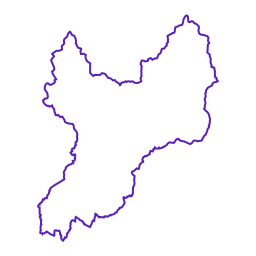 the district of Doi Saket, Chiang Mai, Thailand
{"feature_id": "78962969B32024280119192", "entity_name": "Doi Saket", "entity_type": "district", "adm_level": 2, "iso_a3": "THA", "parent_name": "Thailand", "parent_adm1": "Chiang Mai", "projection": "equal_earth", "projection_center": [99.166, 18.932], "detail": "fine", "context": "isolated", "style": "outline", "palette": "violet", "viewbox_px": 256, "rotation_deg": 0, "n_neighbors": 0, "source": "geoboundaries", "source_scale": "gbopen_adm2", "svg_char_len": 5669}
<svg xmlns="http://www.w3.org/2000/svg" viewBox="0 0 256 256"><path d="M217.8,81.1L216.6,79.6L216.7,78.8L216.2,77.6L215.5,77.6L214.9,76.3L214.8,75.3L215.0,74.5L214.8,72.2L215.0,71.3L214.5,69.8L214.5,68.5L214.0,68.3L213.7,67.3L211.5,67.1L211.6,66.1L211.3,65.3L211.5,64.6L210.8,63.3L210.5,61.6L210.8,59.2L209.7,56.0L209.7,54.6L207.3,52.3L207.7,49.2L207.6,47.8L207.9,46.9L207.6,45.7L208.0,44.4L209.2,43.2L208.4,41.9L208.0,40.4L208.5,37.7L207.2,36.1L203.6,35.0L200.9,34.6L199.2,33.5L198.4,30.8L199.0,27.6L198.6,26.1L196.4,24.0L194.2,23.1L192.9,21.5L191.7,21.2L189.5,22.2L188.4,21.8L187.9,16.6L187.6,16.0L186.4,15.4L185.2,16.4L183.6,19.2L182.7,23.6L181.9,25.0L179.5,25.4L176.7,26.9L175.6,27.1L174.9,28.9L174.9,30.6L174.5,32.3L173.8,32.9L172.4,33.0L171.6,33.8L170.6,34.1L167.5,36.0L168.1,39.7L167.8,40.6L168.1,42.0L166.7,43.3L166.8,45.5L165.6,46.4L164.6,48.2L163.3,48.8L162.1,48.8L161.5,49.5L161.4,51.0L160.3,53.4L158.7,54.2L157.0,58.3L155.3,58.3L152.3,59.8L150.8,58.1L150.5,58.1L148.1,59.2L147.9,60.8L146.9,61.2L144.9,61.4L143.8,60.6L141.7,60.6L140.5,64.0L141.8,66.2L141.4,67.6L141.6,69.1L141.2,70.8L141.5,72.3L141.3,74.2L141.6,76.1L140.5,78.2L141.3,81.1L140.4,81.9L137.2,83.1L134.4,82.7L133.1,81.5L131.6,81.4L130.6,81.9L129.7,81.4L128.0,81.3L126.6,81.9L125.5,81.3L124.3,82.2L122.9,82.3L121.3,83.0L120.4,85.0L120.0,85.2L119.3,83.7L116.0,81.6L114.8,80.1L113.0,80.4L111.0,78.6L108.1,77.8L105.2,74.0L102.1,73.1L100.1,74.9L94.4,75.0L93.3,76.0L90.1,72.9L90.2,63.5L89.8,62.9L88.1,62.1L86.5,60.4L85.6,57.8L85.5,56.7L85.8,54.9L84.0,53.8L81.0,54.0L80.4,51.6L81.2,48.8L80.8,48.4L78.5,48.0L77.1,46.3L76.6,44.6L75.8,43.5L76.0,42.1L75.7,39.0L74.5,36.1L74.0,35.6L72.3,35.3L70.1,31.7L69.3,32.1L68.1,33.7L67.1,36.7L64.3,39.2L63.8,41.0L64.2,42.6L64.0,43.8L62.0,45.9L61.7,46.7L62.1,49.1L61.9,49.6L58.8,50.8L56.3,50.8L52.2,53.8L52.4,54.5L53.7,55.6L54.0,56.3L51.5,59.4L51.1,60.3L54.1,67.5L54.3,69.4L53.2,70.8L52.1,71.4L52.6,73.7L56.2,79.3L54.5,80.2L54.9,81.8L54.5,82.8L51.0,84.8L49.9,84.8L47.9,83.3L47.0,83.3L46.1,83.9L44.9,86.3L44.7,88.0L44.8,88.9L45.5,90.6L46.9,92.5L47.4,93.5L47.8,96.9L47.6,97.7L46.8,98.4L45.0,98.5L43.9,99.9L43.2,100.1L43.1,100.8L43.4,102.2L44.0,103.2L45.0,104.3L47.4,106.0L48.5,105.8L49.6,106.6L52.2,105.5L52.7,107.5L54.2,109.0L54.4,111.3L55.7,115.0L56.5,115.0L57.3,115.5L58.4,115.0L60.2,117.1L62.3,116.6L64.4,119.9L65.0,121.8L65.7,122.5L69.0,123.6L72.5,123.9L73.5,125.2L74.1,128.9L76.2,131.2L77.1,133.1L77.3,134.6L77.0,136.9L77.3,138.9L77.0,140.9L76.6,141.6L75.9,141.8L75.5,143.0L75.9,144.1L75.8,145.2L75.0,145.5L75.1,146.6L74.2,147.8L74.2,148.4L72.4,148.5L71.8,149.8L72.3,151.1L71.4,151.6L70.7,152.5L71.3,152.6L71.4,154.0L72.0,154.8L73.2,155.2L73.7,154.5L75.2,154.6L75.3,155.8L74.9,157.3L75.2,158.6L74.9,158.8L74.6,160.4L72.8,160.9L73.4,162.3L73.2,163.4L72.1,163.3L70.8,164.3L68.5,165.1L65.8,167.4L65.8,168.7L64.0,171.5L63.8,173.5L64.3,174.9L63.9,176.6L64.3,179.3L53.6,185.8L50.5,188.1L50.4,189.5L49.5,189.8L49.3,190.9L49.6,191.5L49.0,192.3L48.9,193.4L48.1,194.7L47.3,195.3L47.2,197.0L46.8,198.2L45.3,198.0L44.1,199.6L42.9,199.3L42.1,201.7L41.1,202.8L40.6,202.8L39.5,204.3L39.6,204.7L38.8,204.8L38.3,205.4L38.2,206.6L39.0,207.6L39.6,207.6L39.7,214.1L40.8,214.9L40.2,215.7L40.4,216.1L39.8,216.5L39.8,217.4L40.7,218.1L40.6,219.6L41.3,220.3L41.0,220.6L40.9,222.1L41.1,222.7L40.9,223.5L41.4,224.6L41.0,224.8L40.7,225.7L40.5,228.3L40.7,228.7L40.5,229.2L40.9,230.0L40.2,232.0L40.5,233.2L42.1,233.3L42.4,233.8L42.6,233.3L44.2,233.4L46.2,232.0L46.9,232.0L47.0,231.7L50.9,234.4L53.7,235.6L54.0,235.2L54.3,235.4L54.4,235.2L54.3,233.5L54.6,230.6L56.1,230.3L57.2,230.8L59.2,230.7L60.1,232.4L59.9,233.1L60.4,234.1L60.2,234.7L61.1,235.2L61.3,235.7L61.4,236.6L60.9,237.5L61.4,238.4L61.5,239.1L62.1,240.0L63.2,240.6L64.9,237.5L65.5,237.9L66.6,236.9L67.2,233.2L68.0,232.8L69.2,230.4L69.9,230.1L69.9,229.0L70.7,228.3L70.2,226.1L70.7,224.3L70.4,223.4L71.3,221.3L71.8,220.6L72.7,220.2L75.2,221.4L75.3,218.7L75.9,217.0L78.9,218.9L80.1,220.2L82.1,220.9L82.9,221.8L82.8,222.2L83.0,222.6L84.4,223.6L84.2,224.2L89.9,227.1L91.4,224.3L92.7,220.8L93.4,220.3L94.2,220.8L94.6,217.8L95.3,215.6L95.4,213.9L96.5,214.4L96.3,215.1L97.6,215.6L97.6,216.0L99.2,217.4L99.6,216.9L103.9,217.5L104.4,216.4L105.6,216.6L106.2,216.2L107.5,216.7L110.3,215.0L110.7,215.3L110.9,215.0L113.9,214.2L115.4,212.6L116.5,212.6L118.0,209.7L119.5,208.8L119.6,207.9L121.9,207.3L124.4,203.6L124.6,202.9L123.4,197.8L123.5,197.3L124.2,197.2L125.3,198.0L127.3,197.2L127.3,196.8L127.6,196.9L129.5,195.5L130.2,196.2L131.1,195.7L131.3,195.9L131.6,195.3L131.9,195.6L132.9,193.5L133.0,187.3L133.9,186.0L134.5,183.7L134.2,179.7L134.6,176.3L134.5,175.8L133.5,175.3L132.4,173.9L131.9,172.8L132.0,171.8L134.9,170.3L136.7,168.4L138.4,169.0L138.9,168.8L139.8,164.3L140.5,164.0L141.9,162.3L143.2,161.9L143.2,161.0L142.6,160.4L142.3,159.7L143.3,157.2L144.2,156.9L145.2,155.9L146.5,156.2L148.4,154.7L149.6,154.4L150.1,151.6L150.5,151.0L152.8,151.4L153.4,149.1L154.4,149.2L154.6,148.0L154.9,147.4L155.5,148.1L156.7,148.5L158.8,148.6L159.2,147.6L160.0,148.2L160.6,148.2L161.8,148.0L162.7,147.2L163.8,147.1L164.3,146.3L165.1,146.1L166.8,144.9L167.4,143.8L169.3,142.4L173.9,142.9L176.4,139.3L178.1,138.8L178.5,138.8L178.9,139.7L181.4,141.0L184.4,141.5L190.1,144.1L191.5,143.4L193.7,140.6L196.4,140.7L197.5,141.3L201.6,140.6L204.2,135.8L205.7,134.7L207.4,130.6L207.5,129.2L208.7,127.7L209.2,126.4L208.8,125.4L209.6,124.1L209.8,120.9L210.1,119.8L209.1,115.1L208.6,113.8L207.4,112.1L205.9,110.9L204.1,108.9L204.8,107.3L204.8,105.9L205.4,103.5L205.2,101.1L204.6,99.4L205.7,96.7L205.3,93.2L205.9,92.4L206.2,90.2L207.8,87.7L211.9,85.5L212.3,84.9L212.5,83.5L213.1,83.0L214.5,82.2L216.7,81.8L217.8,81.1Z" fill="none" stroke="#5b21b6" stroke-width="2"/></svg>